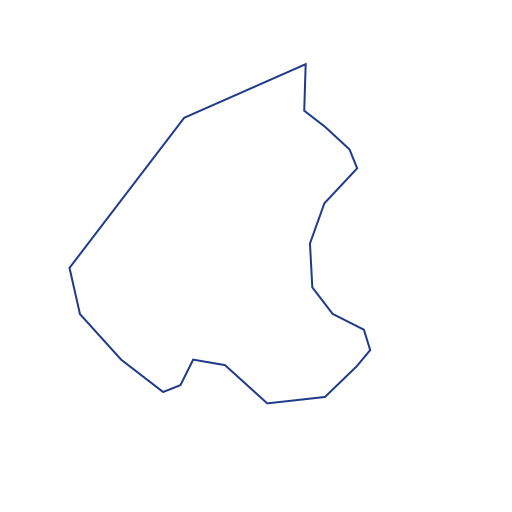 SVG path tracing the border of Żebbuġ, rotated 316°
{"feature_id": "MLT-5977", "entity_name": "Żebbuġ", "entity_type": "state/province", "adm_level": 1, "iso_a3": "MLT", "parent_name": "Malta", "parent_adm1": "", "projection": "mercator", "projection_center": [14.249, 36.061], "detail": "fine", "context": "isolated", "style": "outline", "palette": "blue", "viewbox_px": 512, "rotation_deg": 316, "n_neighbors": 0, "source": "natural_earth", "source_scale": "10m", "svg_char_len": 439}
<svg xmlns="http://www.w3.org/2000/svg" viewBox="0 0 512 512"><g transform="rotate(316 256 256)"><path d="M113.6,135.0L300.4,106.7L425.0,152.5L391.6,185.0L395.4,211.1L397.3,244.3L389.7,263.2L341.8,265.6L303.5,284.5L274.7,317.7L270.9,350.9L282.4,384.0L272.8,403.0L251.8,405.3L207.7,405.3L161.7,369.8L157.9,313.0L138.8,286.9L112.0,296.4L94.7,289.3L87.0,237.1L89.0,175.5L113.6,135.0Z" fill="none" stroke="#1e3a8a" stroke-width="2"/></g></svg>